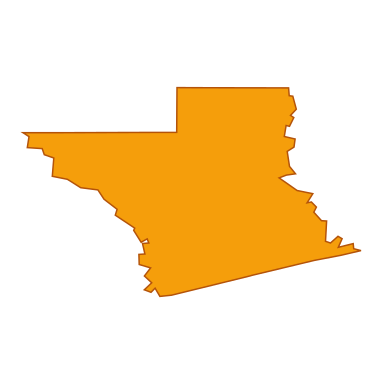 Grant, Louisiana, United States of America
{"feature_id": "52423323B37806009634223", "entity_name": "Grant", "entity_type": "district", "adm_level": 2, "iso_a3": "USA", "parent_name": "United States of America", "parent_adm1": "Louisiana", "projection": "mercator", "projection_center": [-92.542, 31.593], "detail": "fine", "context": "isolated", "style": "filled", "palette": "amber", "viewbox_px": 384, "rotation_deg": 0, "n_neighbors": 0, "source": "geoboundaries", "source_scale": "gbopen_adm2", "svg_char_len": 991}
<svg xmlns="http://www.w3.org/2000/svg" viewBox="0 0 384 384"><path d="M23.0,132.7L29.0,136.6L27.3,147.6L42.2,148.6L44.3,154.7L53.8,158.0L52.3,176.3L67.4,179.3L80.7,187.7L97.9,189.9L104.0,199.2L117.1,209.3L115.3,215.2L134.7,228.1L133.7,230.4L141.1,242.2L147.2,238.9L148.8,243.0L142.5,243.5L144.9,254.0L138.9,254.4L139.2,264.5L150.6,267.9L144.4,276.0L151.7,282.8L144.3,289.8L151.0,292.3L155.1,288.2L159.9,296.4L171.5,295.2L250.5,275.8L251.7,275.4L314.3,260.4L340.9,255.3L361.0,250.6L353.7,248.7L353.2,243.6L338.3,247.3L342.1,238.7L338.0,236.3L330.5,243.0L325.5,241.3L326.6,221.0L321.5,220.7L313.8,212.2L316.4,207.1L311.4,202.0L307.1,202.8L312.8,193.7L297.1,190.5L279.1,177.9L286.4,175.1L295.5,173.8L289.5,166.4L287.2,151.4L294.0,147.1L295.1,139.0L284.3,136.5L286.1,125.5L289.5,126.3L293.8,117.6L290.5,115.4L296.3,109.2L292.8,96.2L289.2,95.7L288.6,87.9L194.4,87.7L177.0,87.6L176.7,130.9L176.7,132.4L156.0,132.4L58.4,132.7L23.0,132.7Z" fill="#f59e0b" stroke="#b45309" stroke-width="1.5"/></svg>